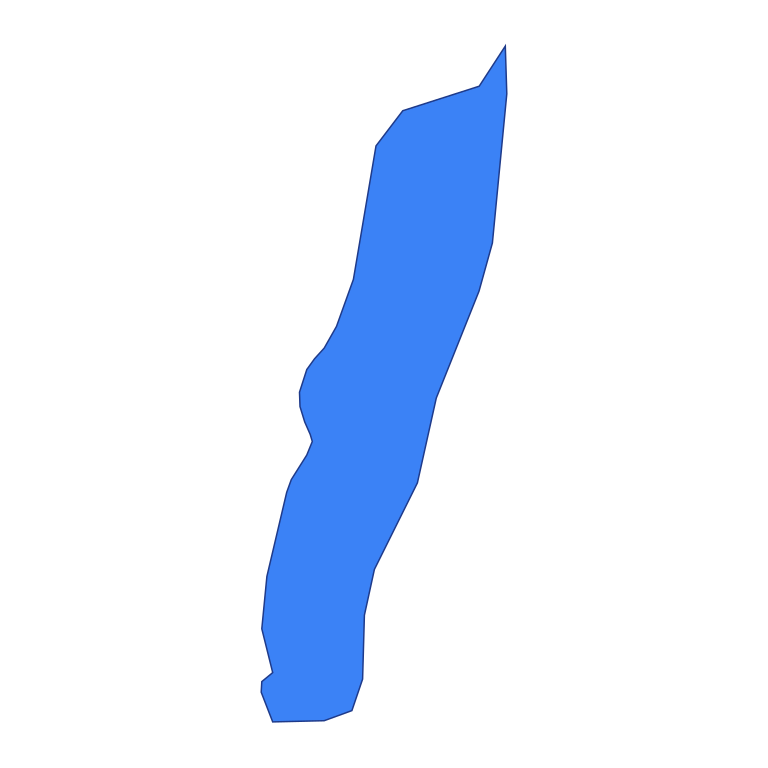 map outline of Macquarie Island (Natural Earth projection)
{"feature_id": "AUS+00?", "entity_name": "Macquarie Island", "entity_type": "state/province", "adm_level": 1, "iso_a3": "AUS", "parent_name": "Australia", "parent_adm1": "", "projection": "natural_earth1", "projection_center": [158.879, -54.61], "detail": "fine", "context": "isolated", "style": "filled", "palette": "blue", "viewbox_px": 768, "rotation_deg": 0, "n_neighbors": 0, "source": "natural_earth", "source_scale": "10m", "svg_char_len": 537}
<svg xmlns="http://www.w3.org/2000/svg" viewBox="0 0 768 768"><path d="M376.0,145.9L402.8,110.7L479.2,86.2L505.3,46.1L506.8,93.9L492.4,243.0L479.0,291.2L436.3,398.0L417.4,482.9L374.4,569.4L364.4,615.2L362.6,679.1L351.9,710.6L324.2,720.7L272.7,721.9L261.2,692.2L261.8,681.6L272.7,672.6L261.8,628.8L266.9,576.4L286.7,492.3L291.3,479.6L306.8,455.0L312.3,441.5L310.2,434.4L304.7,421.9L300.0,406.6L299.5,392.2L306.8,369.5L314.6,358.7L324.2,348.1L336.5,326.4L353.4,279.4L376.0,145.9Z" fill="#3b82f6" stroke="#1e3a8a" stroke-width="1.5"/></svg>